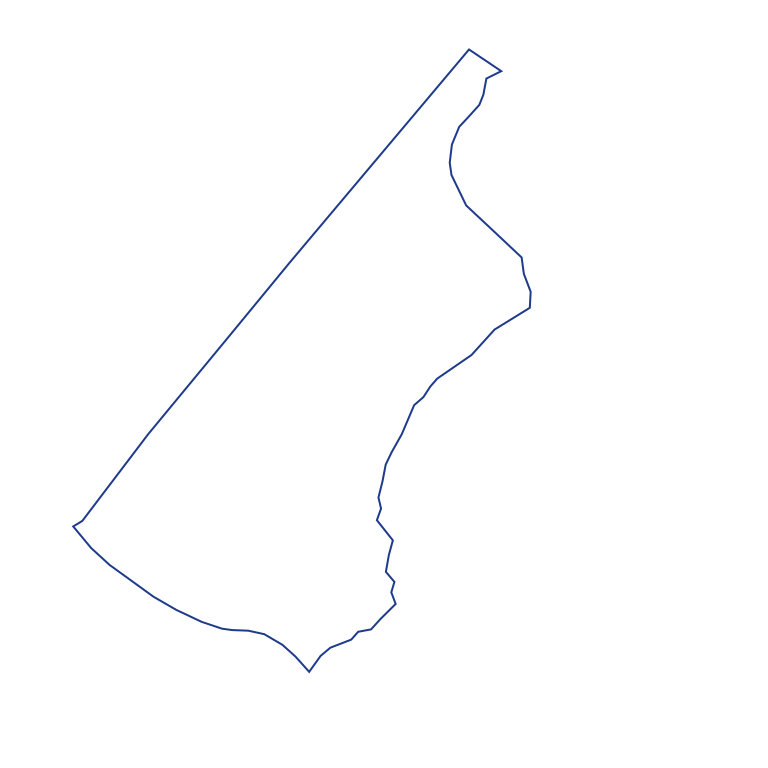 Lupionópolis, Paraná, Brazil, rotated 220°
{"feature_id": "56859067B97395600042242", "entity_name": "Lupionópolis", "entity_type": "district", "adm_level": 2, "iso_a3": "BRA", "parent_name": "Brazil", "parent_adm1": "Paraná", "projection": "robinson", "projection_center": [-51.683, -22.744], "detail": "fine", "context": "isolated", "style": "outline", "palette": "blue", "viewbox_px": 768, "rotation_deg": 220, "n_neighbors": 0, "source": "geoboundaries", "source_scale": "gbopen_adm2", "svg_char_len": 877}
<svg xmlns="http://www.w3.org/2000/svg" viewBox="0 0 768 768"><g transform="rotate(220 384 384)"><path d="M256.3,115.4L257.8,135.1L255.6,147.5L250.1,157.5L244.8,167.1L244.5,177.6L236.2,187.7L235.6,202.3L233.7,223.0L244.5,229.1L248.8,239.1L261.8,241.3L270.4,256.2L276.7,269.9L301.9,275.1L306.2,286.7L315.3,293.5L322.6,308.5L330.9,323.4L334.3,336.7L338.1,356.9L347.3,387.1L345.4,399.3L346.9,411.7L346.7,422.4L335.6,462.5L334.3,496.8L321.3,536.1L330.9,548.9L347.7,558.3L359.9,569.4L395.1,571.4L435.8,573.6L466.7,587.5L475.9,595.8L485.9,611.1L491.7,629.4L491.0,642.3L490.4,659.1L493.8,669.4L501.9,683.8L495.3,699.0L533.9,694.9L534.3,416.3L533.3,312.7L532.4,194.0L527.1,85.3L530.5,75.1L502.9,70.1L477.8,69.0L423.6,72.9L397.6,77.5L370.4,84.7L350.7,92.5L342.0,98.0L329.4,107.8L314.9,115.4L294.2,118.9L276.7,118.3L256.3,115.4Z" fill="none" stroke="#1e3a8a" stroke-width="2"/></g></svg>